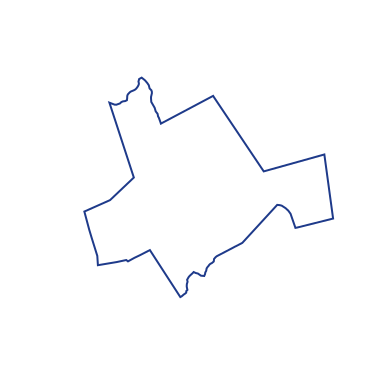 Jerumenha, Piauí, Brazil, rotated 313°
{"feature_id": "56859067B83359970281182", "entity_name": "Jerumenha", "entity_type": "district", "adm_level": 2, "iso_a3": "BRA", "parent_name": "Brazil", "parent_adm1": "Piauí", "projection": "albers", "projection_center": [-43.534, -7.112], "detail": "fine", "context": "isolated", "style": "outline", "palette": "blue", "viewbox_px": 384, "rotation_deg": 313, "n_neighbors": 0, "source": "geoboundaries", "source_scale": "gbopen_adm2", "svg_char_len": 1433}
<svg xmlns="http://www.w3.org/2000/svg" viewBox="0 0 384 384"><g transform="rotate(313 192 192)"><path d="M214.7,81.8L212.9,81.1L211.2,79.7L209.6,79.0L207.6,78.9L204.2,77.1L203.1,75.8L201.0,70.7L162.9,139.6L130.2,137.6L129.0,137.1L104.3,126.6L94.3,142.6L90.1,149.8L80.7,166.3L74.3,173.1L89.4,184.7L97.4,190.3L97.6,192.5L104.6,194.8L110.2,197.0L120.8,200.8L107.2,255.1L108.7,255.6L111.5,255.9L113.2,256.3L114.4,256.4L115.7,255.4L117.3,255.4L118.1,254.2L119.2,252.7L120.3,251.7L121.2,251.0L123.3,250.0L124.5,248.3L127.4,247.6L129.0,247.5L130.6,247.6L132.8,247.8L134.6,247.8L135.3,250.0L136.4,251.9L136.9,255.6L138.9,258.2L140.9,257.5L142.2,256.6L144.1,256.1L146.1,254.8L148.0,254.5L149.3,254.5L150.4,254.3L152.0,254.4L153.5,255.0L156.0,255.3L158.1,253.8L160.4,253.7L161.9,253.9L179.8,260.2L181.1,260.6L182.3,261.1L189.1,263.5L215.9,263.3L240.7,263.1L242.2,265.1L243.2,266.9L244.0,271.4L244.0,275.3L243.3,278.9L236.3,292.1L237.8,293.2L268.8,313.3L309.7,263.2L256.0,230.4L276.3,143.4L276.7,141.9L220.8,122.6L221.6,121.2L223.8,116.9L224.1,115.7L225.7,113.5L226.2,110.5L228.1,107.3L230.1,100.8L232.4,98.3L233.6,97.2L236.9,95.3L238.0,94.2L238.7,92.9L238.8,90.4L240.6,87.6L241.2,85.0L241.6,81.6L241.5,79.7L241.3,77.2L238.6,76.3L236.3,77.5L235.2,79.1L234.2,79.8L232.2,80.4L229.7,80.7L228.3,80.6L226.7,80.1L223.9,78.8L222.5,78.5L219.7,78.5L218.5,78.9L217.4,79.7L216.4,80.6L214.7,81.8Z" fill="none" stroke="#1e3a8a" stroke-width="2"/></g></svg>